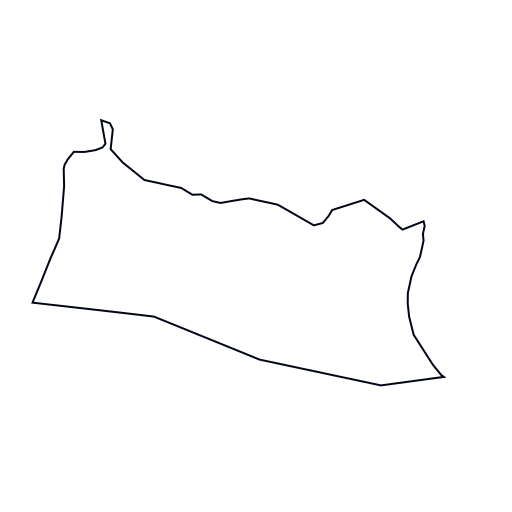 El Mahalla El Kobra 1, Al Gharbiyah, Egypt (orthographic projection), rotated 282°
{"feature_id": "37247803B33449651537702", "entity_name": "El Mahalla El Kobra 1", "entity_type": "district", "adm_level": 2, "iso_a3": "EGY", "parent_name": "Egypt", "parent_adm1": "Al Gharbiyah", "projection": "orthographic", "projection_center": [31.176, 30.972], "detail": "fine", "context": "isolated", "style": "outline", "palette": "ink", "viewbox_px": 512, "rotation_deg": 282, "n_neighbors": 0, "source": "geoboundaries", "source_scale": "gbopen_adm2", "svg_char_len": 1019}
<svg xmlns="http://www.w3.org/2000/svg" viewBox="0 0 512 512"><g transform="rotate(282 256 256)"><path d="M163.9,47.1L172.9,140.3L175.5,168.7L163.2,237.6L155.4,281.0L155.4,319.5L155.4,384.4L155.4,405.1L176.8,464.9L178.1,461.9L186.5,451.5L192.8,445.3L201.2,437.0L211.7,426.6L228.5,418.4L232.1,417.2L241.0,414.3L251.5,412.2L259.9,412.3L268.3,412.3L280.8,414.5L289.2,416.6L301.7,416.7L305.9,416.7L312.2,414.7L320.6,414.7L324.8,412.7L312.3,393.8L314.4,389.7L320.7,379.3L333.4,350.1L316.8,320.9L310.5,318.8L302.2,314.5L298.0,306.2L309.4,270.8L310.7,266.6L310.8,258.3L310.8,245.8L310.9,237.4L308.8,231.2L304.7,220.7L300.5,210.3L300.6,202.0L304.8,189.5L302.7,181.1L307.0,168.6L307.0,149.9L307.1,145.5L307.1,131.1L319.8,106.1L330.3,91.6L350.2,89.6L355.5,85.5L356.6,76.4L334.5,85.4L330.3,83.3L326.2,77.0L322.1,66.6L320.0,56.1L315.8,54.0L311.7,51.9L305.4,49.8L301.2,49.8L292.8,51.8L284.4,53.8L253.0,57.8L232.1,59.8L221.6,57.7L211.2,55.5L186.1,51.2L164.5,47.2L163.9,47.1Z" fill="none" stroke="#020617" stroke-width="2"/></g></svg>